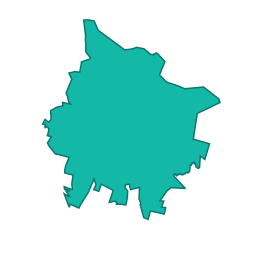 Tula, Tamaulipas, Mexico (Mercator projection), rotated 197°
{"feature_id": "50627088B8467253226066", "entity_name": "Tula", "entity_type": "district", "adm_level": 2, "iso_a3": "MEX", "parent_name": "Mexico", "parent_adm1": "Tamaulipas", "projection": "mercator", "projection_center": [-99.933, 22.948], "detail": "fine", "context": "isolated", "style": "filled", "palette": "teal", "viewbox_px": 256, "rotation_deg": 197, "n_neighbors": 0, "source": "geoboundaries", "source_scale": "gbopen_adm2", "svg_char_len": 4161}
<svg xmlns="http://www.w3.org/2000/svg" viewBox="0 0 256 256"><g transform="rotate(197 128 128)"><path d="M190.6,188.4L184.2,183.8L184.2,183.2L185.0,182.5L191.9,177.6L191.4,175.8L190.5,167.3L195.5,166.3L200.6,163.2L196.1,158.4L197.4,143.5L197.1,143.1L196.7,142.2L195.9,141.6L195.5,141.0L195.2,140.7L192.5,135.8L189.8,134.1L198.1,133.3L197.6,132.3L197.4,132.3L197.4,132.0L197.3,131.5L196.7,130.2L202.4,126.9L207.1,121.9L206.1,118.8L205.7,118.8L204.0,113.4L205.8,110.4L208.0,111.2L208.8,111.6L209.8,112.0L210.5,108.7L210.5,108.4L210.7,106.8L210.0,106.9L209.9,106.8L207.8,107.0L207.8,105.8L207.8,104.7L207.3,104.2L206.7,104.8L206.1,105.5L203.6,104.3L202.9,100.7L202.9,97.1L198.8,97.1L200.7,90.1L197.6,87.2L194.3,85.0L189.9,82.0L188.9,82.0L187.8,82.1L187.8,82.3L176.1,82.7L175.8,82.3L176.5,73.5L176.2,69.3L176.1,68.9L175.4,66.6L171.8,66.6L166.8,67.0L165.4,58.1L163.8,54.5L163.2,52.8L169.5,53.1L171.9,53.3L170.8,50.9L165.9,51.3L165.9,50.5L169.5,50.3L163.5,44.9L169.9,46.5L162.6,37.0L161.4,35.5L160.9,35.6L161.0,38.2L151.5,37.1L151.1,40.0L147.1,55.1L145.6,69.2L142.1,64.6L142.8,59.1L137.4,58.9L137.2,63.7L137.1,65.0L137.1,66.5L123.9,64.0L124.2,51.3L119.1,54.3L117.8,54.1L117.7,53.4L116.5,53.0L116.7,51.7L112.0,53.2L107.6,53.7L108.1,60.4L109.5,66.1L109.8,67.5L113.6,70.4L113.9,72.8L110.6,74.8L107.6,69.8L99.6,74.6L96.8,63.5L93.5,59.3L94.1,58.5L86.8,47.0L82.1,46.5L82.3,55.2L80.7,55.3L79.0,55.5L78.1,55.5L74.7,55.8L73.4,55.9L69.9,56.2L69.0,56.2L68.2,56.3L68.4,60.3L68.7,62.9L72.8,62.1L72.5,68.1L72.5,68.6L76.3,67.5L76.0,68.6L75.6,69.6L75.5,69.9L74.9,71.0L74.7,71.5L74.9,71.7L74.6,72.7L74.5,72.8L72.2,79.5L70.4,82.1L69.2,83.7L67.9,83.9L55.8,86.9L55.9,87.2L70.5,95.6L70.6,96.0L70.4,96.4L70.4,96.5L70.4,96.8L70.3,97.0L70.3,97.3L70.2,97.4L70.0,97.5L69.9,97.5L69.8,97.4L69.7,97.5L69.6,97.4L69.5,97.5L69.4,97.5L69.3,97.4L69.2,97.3L69.2,97.2L68.8,96.9L68.7,96.9L68.6,97.0L68.4,97.1L68.2,97.2L67.9,97.3L67.7,97.1L67.6,97.3L67.5,97.2L67.4,97.0L67.3,97.4L67.2,97.3L66.9,97.3L66.7,97.5L66.7,97.8L66.4,98.0L66.5,98.1L66.6,98.3L66.4,98.4L66.4,98.2L66.3,98.3L66.2,98.4L66.1,98.6L66.0,98.4L65.9,98.5L65.7,98.7L65.4,98.7L65.4,98.9L65.2,98.8L64.9,98.9L64.8,99.0L64.6,98.9L64.5,99.0L64.4,99.1L64.2,99.1L63.9,99.3L63.8,99.2L63.7,99.2L63.6,99.3L63.5,99.2L63.4,99.1L63.2,99.3L62.9,99.2L62.7,99.2L62.5,99.3L62.3,99.2L62.2,99.4L61.9,99.5L61.6,99.7L61.4,99.7L61.2,99.8L61.1,100.1L60.9,100.3L60.7,100.4L60.6,100.6L60.4,100.7L60.4,100.8L60.2,100.8L60.0,101.0L59.9,101.2L59.9,101.3L59.8,101.5L59.8,101.8L59.7,101.9L59.7,102.0L59.1,102.4L58.8,102.5L58.7,102.6L58.3,102.6L58.2,102.6L57.9,102.5L57.7,102.6L57.5,102.9L57.5,103.0L57.4,103.0L57.5,103.2L57.4,103.3L57.2,103.4L56.9,103.9L56.7,103.9L56.7,104.0L56.6,104.3L56.6,104.5L56.5,104.8L56.4,105.0L57.7,110.4L57.0,110.3L56.6,110.8L56.3,111.5L56.6,112.9L56.6,113.2L56.1,113.3L55.6,113.4L55.6,113.8L55.3,114.0L55.2,114.2L55.2,114.4L55.0,114.5L54.6,114.6L53.9,113.8L53.6,113.6L53.5,113.4L53.6,113.2L53.1,113.3L53.0,113.1L52.9,112.9L52.7,112.9L52.6,112.7L52.5,112.4L52.3,112.3L52.2,112.1L52.1,111.9L52.0,111.7L51.9,111.7L51.6,111.3L51.7,111.2L51.6,110.9L51.5,110.7L51.4,110.6L51.2,110.7L50.8,110.7L50.7,110.6L50.3,110.6L50.2,110.5L50.1,110.3L50.0,110.2L49.8,110.1L49.7,110.1L49.4,109.9L48.7,110.1L48.1,111.5L50.7,122.3L45.3,120.4L45.3,121.9L45.4,129.3L45.4,136.7L62.2,136.4L63.2,142.5L66.0,162.2L48.6,178.3L48.6,178.2L47.5,179.2L49.5,182.3L67.7,189.3L83.8,182.7L84.0,182.7L84.4,182.2L87.3,182.3L88.7,182.5L89.3,182.6L90.4,182.8L100.9,183.1L102.8,183.1L103.1,183.2L103.3,182.7L105.8,183.9L113.4,188.0L112.1,202.4L120.7,207.3L122.9,208.1L124.8,205.6L125.0,206.1L125.6,205.4L127.2,205.2L128.1,205.1L128.5,205.2L128.8,205.4L129.2,205.5L129.5,205.4L129.6,205.5L129.9,205.8L130.0,205.9L130.3,206.0L130.5,206.1L130.8,206.2L131.0,206.3L131.1,206.5L131.4,206.7L131.7,206.8L131.8,206.8L132.0,206.9L132.3,207.0L132.7,207.1L133.0,207.0L133.4,206.9L133.7,207.2L133.9,207.4L134.4,207.8L134.7,208.0L135.8,208.4L143.6,207.6L145.0,206.2L149.2,203.8L151.7,202.8L154.1,201.7L158.0,203.2L185.1,212.7L191.7,220.5L197.1,219.9L201.6,218.5L201.9,218.3L196.6,206.2L196.3,206.3L194.0,198.2L193.4,197.7L190.6,188.4Z" fill="#14b8a6" stroke="#0f766e" stroke-width="1.5"/></g></svg>